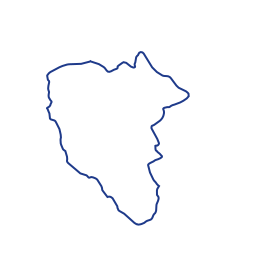 the Province of Badghis, rotated 57°
{"feature_id": "AFG-1741", "entity_name": "Badghis", "entity_type": "Province", "adm_level": 1, "iso_a3": "AFG", "parent_name": "Afghanistan", "parent_adm1": "", "projection": "mercator", "projection_center": [63.837, 35.271], "detail": "fine", "context": "isolated", "style": "outline", "palette": "blue", "viewbox_px": 256, "rotation_deg": 57, "n_neighbors": 0, "source": "natural_earth", "source_scale": "10m", "svg_char_len": 3100}
<svg xmlns="http://www.w3.org/2000/svg" viewBox="0 0 256 256"><g transform="rotate(57 128 128)"><path d="M90.3,74.7L96.8,73.3L102.8,70.5L103.9,69.5L105.7,67.1L106.7,66.0L108.1,65.2L109.6,64.9L118.8,64.3L121.8,63.6L128.8,59.4L131.0,58.7L132.2,58.6L134.4,59.8L135.2,62.6L135.3,66.7L135.0,70.3L133.7,76.2L133.1,78.2L132.9,79.8L133.0,81.7L132.9,82.1L131.8,83.9L131.0,86.1L130.8,87.2L131.0,87.9L131.4,88.2L131.9,88.3L132.8,88.5L133.8,88.9L134.5,89.3L135.2,89.8L136.5,91.1L137.4,92.2L138.4,94.0L139.0,95.8L139.3,97.4L139.6,103.8L139.6,104.7L139.5,105.4L139.3,106.3L139.3,106.9L139.4,107.2L139.7,107.5L140.1,107.8L140.4,108.1L141.2,108.5L153.1,109.4L157.6,110.3L158.1,110.7L158.4,111.3L158.6,111.8L158.7,112.3L158.7,112.8L158.5,113.2L158.5,113.4L158.0,114.1L157.9,114.8L160.6,116.4L161.4,116.7L162.0,116.8L163.4,116.3L164.2,116.3L166.9,115.4L170.2,114.9L170.8,115.5L170.9,116.4L170.9,117.5L170.6,119.6L169.9,122.3L169.8,123.2L169.9,124.7L169.5,128.0L169.4,129.5L169.6,130.7L169.8,131.1L170.2,131.4L177.3,133.8L185.0,134.8L186.3,134.8L188.5,134.4L191.0,134.3L192.8,133.9L193.6,133.6L195.1,136.7L196.2,137.8L199.4,139.8L199.8,140.1L200.3,140.1L202.2,140.0L203.1,140.3L203.9,140.8L204.6,141.5L205.6,142.7L207.5,145.5L208.1,146.1L212.6,149.4L213.6,150.6L214.2,151.7L214.3,152.5L214.6,153.5L215.2,154.6L216.5,156.4L217.0,157.5L217.2,158.4L217.1,159.4L216.3,162.4L216.2,163.4L216.2,164.2L216.4,165.9L216.3,166.6L215.9,168.9L215.5,170.1L214.8,171.7L214.5,172.1L214.2,172.4L213.9,172.5L213.4,173.2L211.1,174.3L197.8,177.9L192.9,180.4L192.0,180.7L191.2,180.7L190.6,180.5L189.6,180.4L189.0,180.2L187.8,179.6L178.6,179.2L177.1,179.7L176.2,180.2L175.5,180.9L175.1,181.5L175.0,181.8L174.7,182.8L166.4,183.4L165.9,183.3L164.0,182.4L163.1,182.2L162.2,182.0L154.9,181.9L154.2,182.0L153.3,182.3L152.2,182.9L150.4,184.2L149.6,185.0L149.1,185.6L148.7,187.2L148.6,187.5L148.1,188.0L147.6,188.1L145.8,188.4L145.1,188.6L140.1,192.7L124.7,197.3L123.2,197.4L122.6,197.2L121.7,196.6L121.1,196.0L118.9,194.8L113.2,193.1L112.0,193.6L110.8,194.0L110.0,194.0L105.7,193.2L104.3,192.8L101.3,191.1L100.5,190.5L99.4,189.4L97.0,188.1L91.6,186.1L85.3,185.4L82.9,185.2L82.1,185.4L81.5,185.7L78.8,188.0L77.6,188.3L73.0,186.0L70.6,185.6L68.4,185.1L67.4,185.2L67.2,185.0L67.1,184.8L67.2,182.3L66.7,181.0L66.3,180.4L66.0,180.2L65.8,179.9L64.7,178.1L64.3,177.8L63.9,177.7L62.6,177.9L59.7,177.8L59.1,177.7L58.2,177.3L57.2,176.7L56.4,176.0L55.7,175.4L55.2,174.9L54.8,174.6L52.6,174.0L52.1,173.8L51.3,173.4L49.3,171.8L46.8,169.3L46.2,168.9L45.7,168.7L45.3,168.7L44.9,168.8L44.2,168.9L43.6,168.8L40.3,167.4L40.0,167.2L39.8,166.9L39.6,166.3L39.0,164.6L38.9,163.7L38.8,162.6L39.7,152.4L40.3,149.1L41.6,144.6L42.4,142.8L48.7,132.3L51.5,123.9L51.5,123.1L51.9,123.0L58.6,117.6L63.6,115.2L65.1,114.8L68.2,114.6L69.7,114.2L70.7,113.1L71.2,111.4L71.5,108.0L72.2,105.1L72.0,104.1L70.7,103.1L70.5,102.0L70.3,97.3L70.4,95.9L72.4,94.0L78.1,92.1L80.2,90.6L80.6,89.8L80.7,89.1L80.3,88.6L78.4,87.9L77.9,87.5L76.9,86.1L73.1,82.6L72.6,81.4L72.3,79.8L71.5,78.6L71.0,77.5L71.3,75.9L72.5,74.7L74.1,74.3L90.3,74.7Z" fill="none" stroke="#1e3a8a" stroke-width="2"/></g></svg>